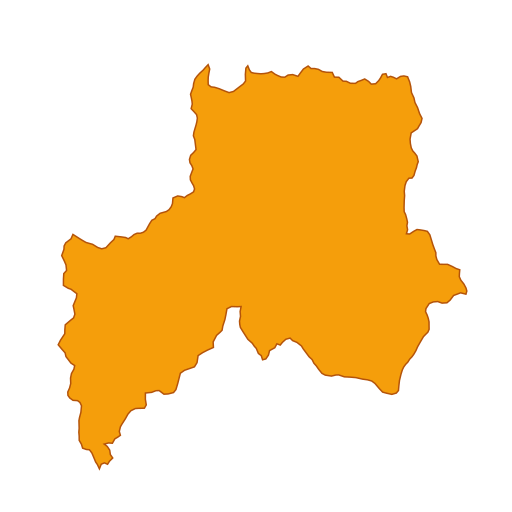 the district of Paraguaçu Paulista, São Paulo, Brazil, rotated 354°
{"feature_id": "56859067B14677610330321", "entity_name": "Paraguaçu Paulista", "entity_type": "district", "adm_level": 2, "iso_a3": "BRA", "parent_name": "Brazil", "parent_adm1": "São Paulo", "projection": "robinson", "projection_center": [-50.638, -22.465], "detail": "fine", "context": "isolated", "style": "filled", "palette": "amber", "viewbox_px": 512, "rotation_deg": 354, "n_neighbors": 0, "source": "geoboundaries", "source_scale": "gbopen_adm2", "svg_char_len": 4824}
<svg xmlns="http://www.w3.org/2000/svg" viewBox="0 0 512 512"><g transform="rotate(354 256 256)"><path d="M429.0,249.4L426.0,248.3L422.0,247.2L418.9,246.5L415.5,247.9L411.1,250.2L407.9,249.6L409.5,245.7L409.2,241.7L410.2,238.3L409.8,234.7L409.1,230.4L408.0,227.4L408.3,223.3L409.2,216.5L410.1,211.5L410.2,207.1L411.5,201.6L413.2,197.8L416.2,194.6L419.3,194.8L421.5,192.4L423.2,188.1L424.8,185.0L425.8,182.0L427.2,179.2L426.5,173.4L424.6,170.2L422.9,167.9L421.7,164.7L421.3,160.3L421.4,155.9L423.2,149.8L427.4,147.6L429.9,146.3L431.9,143.5L434.1,140.6L435.5,136.5L433.6,131.6L432.2,125.4L430.1,119.9L429.6,115.3L427.7,109.7L427.6,103.5L427.0,98.9L425.5,93.6L421.9,92.4L418.5,92.5L414.3,94.5L411.3,92.6L408.6,91.4L405.4,92.2L404.3,88.3L400.8,88.5L398.4,92.0L396.4,94.4L393.0,97.2L388.6,97.1L386.2,94.1L382.6,91.3L378.9,92.4L375.6,93.2L373.0,94.7L368.0,94.1L364.1,91.7L360.8,91.2L357.1,86.9L352.7,86.3L351.0,81.4L345.2,80.6L341.1,79.4L337.6,76.9L333.9,75.7L330.3,75.3L327.7,72.5L322.7,75.0L319.4,78.5L316.5,81.7L311.4,79.4L306.8,79.4L303.3,81.2L299.7,80.6L296.4,78.8L293.9,77.2L290.6,74.2L286.9,75.2L283.1,75.4L279.9,75.3L277.2,74.8L273.3,74.0L270.5,73.0L268.9,70.3L267.7,66.0L265.6,68.1L264.4,74.2L263.9,80.9L261.3,83.6L258.8,85.1L255.2,87.3L250.8,90.0L246.3,90.7L241.9,88.5L236.7,85.7L232.5,83.9L229.0,83.1L226.4,80.6L226.7,76.7L227.2,73.1L228.3,69.1L229.5,65.2L228.4,60.7L225.2,63.4L222.9,65.6L219.2,68.3L216.2,71.0L213.7,73.8L212.0,78.0L211.2,81.5L209.5,84.8L207.8,88.3L208.2,91.8L208.5,95.1L208.5,98.3L206.9,102.7L209.2,105.7L211.7,109.2L212.1,112.7L211.2,116.3L210.1,119.4L208.6,123.0L207.2,126.4L206.3,129.9L207.3,133.8L207.4,139.5L207.5,143.9L204.7,146.6L201.6,149.0L199.9,153.0L200.1,156.4L201.6,159.4L202.5,162.8L200.6,166.5L198.9,169.9L198.7,173.4L200.0,176.7L201.3,179.6L201.9,182.9L200.6,185.7L197.2,187.4L194.0,188.6L190.9,190.5L188.4,189.2L184.4,188.1L179.5,189.6L178.4,195.2L176.8,198.2L174.3,200.9L171.5,202.4L165.1,203.5L161.3,205.9L159.5,208.3L156.1,209.6L153.6,212.7L151.6,215.6L149.4,218.8L146.5,220.6L143.3,221.3L140.2,220.9L137.0,221.9L134.2,223.8L130.7,225.5L128.3,224.0L124.4,223.0L118.1,221.6L116.4,224.8L112.7,227.6L107.6,232.1L103.3,232.7L99.5,231.0L94.7,227.3L88.4,224.8L85.1,222.4L82.1,220.1L79.1,217.7L76.2,215.4L73.8,219.6L68.2,223.0L66.2,226.0L65.7,229.3L62.8,235.3L64.8,240.8L66.1,245.0L66.1,250.6L63.0,253.4L62.1,258.7L61.4,265.1L65.9,268.5L68.5,269.7L73.9,274.8L73.0,278.9L70.7,283.1L69.0,286.3L69.4,290.0L69.8,294.9L68.1,298.5L65.2,300.3L59.1,304.5L58.2,309.3L57.7,313.3L52.7,319.4L50.0,323.6L53.0,328.1L56.0,332.3L56.5,336.2L58.3,339.1L60.7,343.1L64.2,346.0L63.1,349.5L60.2,353.6L58.8,358.0L58.4,363.5L56.8,367.8L54.6,371.6L54.4,375.0L56.0,377.8L58.9,380.4L63.4,381.2L65.6,383.2L66.8,386.7L65.5,393.2L63.6,398.2L62.7,401.2L62.1,408.9L61.4,412.7L61.3,416.7L60.9,420.9L62.7,424.9L63.5,429.0L67.1,430.7L70.1,431.3L72.2,434.8L73.8,440.0L75.0,444.1L76.5,446.9L78.0,451.3L80.3,446.9L83.6,445.9L86.6,447.6L88.9,444.7L92.4,441.9L90.4,438.3L90.2,433.8L88.2,429.9L85.4,427.2L89.8,426.5L93.6,427.2L96.5,423.1L99.6,421.7L102.4,420.1L101.7,416.2L103.3,411.7L105.0,409.3L109.0,404.3L112.1,399.9L115.4,396.8L120.0,395.1L122.9,395.2L129.1,395.7L131.3,392.6L131.0,386.9L131.7,380.7L138.0,380.7L142.4,379.5L145.6,379.7L150.0,383.8L154.2,384.0L159.7,383.2L162.4,380.5L164.8,374.7L168.5,364.7L172.9,362.2L183.2,359.8L186.2,355.9L188.0,349.0L192.9,346.5L197.7,344.6L204.1,342.5L204.4,337.0L208.5,330.8L212.3,328.1L214.5,326.3L215.7,322.1L218.4,316.0L219.9,311.3L221.6,305.4L226.3,303.7L232.2,304.5L235.9,304.7L234.4,309.6L234.3,314.4L232.8,319.0L232.7,322.2L233.0,325.4L235.2,330.0L239.2,338.0L243.2,342.4L244.9,345.6L246.6,347.9L248.2,353.2L250.8,355.6L251.7,359.9L255.0,359.4L258.0,355.9L259.6,351.5L265.1,349.2L267.6,345.5L270.8,347.1L273.3,344.6L277.0,341.9L281.3,341.2L283.6,344.0L287.7,346.2L291.8,350.2L293.2,353.2L295.1,356.4L298.3,361.8L301.0,364.9L302.4,368.7L304.5,371.6L306.4,375.1L309.3,379.6L312.4,381.7L318.5,383.3L323.0,382.7L325.8,382.9L331.2,385.4L337.0,386.3L342.7,387.4L349.1,389.6L354.0,390.8L358.0,392.4L361.0,395.2L364.8,400.8L367.7,404.6L371.5,406.1L376.6,407.8L381.2,407.0L383.6,404.7L384.6,399.6L385.7,394.7L387.8,388.8L389.7,384.4L391.4,381.7L393.6,379.3L395.8,377.5L398.1,374.6L400.5,372.6L402.6,370.3L405.1,366.9L407.2,363.2L409.9,359.4L414.1,353.7L416.5,351.7L418.9,349.8L420.5,347.0L420.8,343.6L421.2,339.6L420.8,336.0L420.0,332.5L418.8,329.1L419.5,326.1L423.3,321.4L427.6,320.2L432.0,320.3L436.1,322.3L441.0,322.5L444.4,320.2L448.4,315.9L452.7,314.8L455.6,314.0L460.8,315.9L462.0,312.9L461.5,309.8L459.8,305.6L457.2,301.5L456.0,297.8L456.5,294.6L457.2,291.0L453.7,289.4L450.2,287.0L445.6,284.3L440.9,283.8L437.7,283.4L435.5,278.5L434.9,274.8L435.2,271.5L434.2,267.8L433.0,263.0L432.3,259.3L431.1,253.1L429.0,249.4Z" fill="#f59e0b" stroke="#b45309" stroke-width="1.5"/></g></svg>